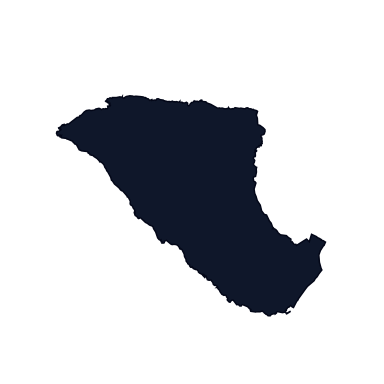 Nesodden nor, Akershus, Norway, rotated 287°
{"feature_id": "86288312B79220193025286", "entity_name": "Nesodden nor", "entity_type": "district", "adm_level": 2, "iso_a3": "NOR", "parent_name": "Norway", "parent_adm1": "Akershus", "projection": "robinson", "projection_center": [10.655, 59.797], "detail": "fine", "context": "isolated", "style": "filled", "palette": "ink", "viewbox_px": 384, "rotation_deg": 287, "n_neighbors": 0, "source": "geoboundaries", "source_scale": "gbopen_adm2", "svg_char_len": 6005}
<svg xmlns="http://www.w3.org/2000/svg" viewBox="0 0 384 384"><g transform="rotate(287 192 192)"><path d="M288.3,231.1L288.7,230.0L288.6,226.5L288.9,226.3L288.4,225.4L288.8,224.0L288.3,222.4L288.8,220.7L288.2,219.2L287.1,218.5L286.7,216.2L286.5,214.2L285.8,212.9L285.2,208.5L283.5,207.2L283.5,206.1L282.5,204.9L283.0,202.5L283.4,202.2L282.5,202.0L281.5,200.1L281.1,199.1L281.1,196.5L280.2,194.0L280.4,193.6L279.6,192.1L281.3,184.4L281.5,180.4L282.3,178.9L281.7,175.9L282.0,175.3L281.8,174.7L282.0,174.5L281.5,174.1L281.9,173.8L282.3,174.5L282.7,174.4L282.5,173.7L280.2,171.9L280.3,170.3L279.7,169.3L279.8,168.3L279.4,167.9L279.7,167.4L278.0,166.8L277.5,165.5L275.9,164.6L274.1,164.3L273.4,163.6L273.5,162.9L274.1,163.0L273.8,162.8L274.0,162.5L275.7,161.8L276.2,160.5L274.7,158.5L274.7,157.0L274.4,156.8L274.9,156.4L274.3,153.6L274.7,153.6L274.0,153.2L273.9,150.7L273.1,149.7L273.4,149.3L272.8,147.9L273.2,146.9L271.7,144.4L272.0,143.7L271.2,142.3L271.4,141.3L271.0,140.3L271.3,139.4L270.9,138.9L271.5,137.6L271.0,134.7L271.3,132.5L270.8,131.2L269.0,130.5L269.1,129.5L268.5,128.7L268.4,127.8L267.8,126.8L268.6,126.5L267.2,124.8L268.3,122.9L268.1,122.1L268.6,120.2L268.3,120.2L268.6,117.5L268.2,115.0L267.2,110.3L266.3,108.4L266.4,107.2L265.8,104.4L264.1,101.2L262.5,99.8L262.0,100.0L261.6,99.3L262.1,97.7L262.8,97.5L262.1,97.3L261.9,95.2L260.2,92.0L259.0,88.1L258.0,88.0L258.1,86.1L256.8,85.0L256.5,83.9L254.8,83.5L253.6,82.8L253.3,83.3L253.6,84.3L253.1,84.6L253.4,85.1L253.0,85.3L253.2,85.7L252.7,85.7L252.6,86.2L252.8,87.5L251.4,87.3L251.6,88.1L251.2,88.6L250.5,88.6L249.1,86.6L250.0,85.8L248.8,86.6L248.7,87.0L247.1,86.8L246.6,86.2L246.6,85.2L245.9,84.4L245.6,82.7L244.3,81.2L244.9,79.3L244.7,78.3L243.2,75.7L241.8,74.7L240.4,71.6L240.3,69.8L239.0,67.1L237.0,65.5L233.6,64.0L232.7,63.4L232.4,62.6L231.4,62.2L230.6,62.4L229.8,60.4L220.6,53.9L220.7,53.0L218.1,50.2L218.5,49.8L219.7,50.6L218.2,48.3L217.3,47.9L217.4,48.4L216.7,47.7L216.1,47.7L214.8,46.2L214.7,46.7L213.5,45.5L214.1,46.8L213.5,47.0L213.8,48.1L213.6,48.5L212.8,48.3L210.5,46.3L210.6,45.8L210.3,45.7L211.0,45.0L210.2,45.6L210.0,45.2L208.6,45.2L206.8,46.6L206.6,47.3L207.2,47.5L207.5,48.3L207.1,48.0L206.7,48.7L207.7,50.4L206.5,50.0L206.8,50.8L205.9,50.8L205.7,51.6L206.5,55.9L206.1,56.9L206.2,57.9L205.6,63.2L204.7,63.9L204.5,64.8L203.7,65.7L203.7,67.0L202.7,69.1L202.3,69.2L202.3,68.9L199.4,71.8L199.1,74.4L200.1,80.3L199.4,81.6L199.0,81.3L198.5,83.0L197.8,83.6L197.9,87.3L197.3,87.8L196.3,91.4L194.6,94.4L193.9,94.8L193.8,95.1L194.2,95.7L193.4,98.1L192.0,100.1L190.0,101.6L189.1,102.9L187.2,104.5L186.9,105.3L182.3,110.0L179.8,111.5L179.3,112.8L177.0,115.5L174.7,120.9L173.1,123.1L172.7,124.3L172.7,125.5L170.0,129.8L169.0,131.3L168.5,131.4L168.1,132.9L165.2,135.7L162.6,136.3L161.8,137.0L161.1,139.3L159.6,140.3L158.4,142.0L156.5,143.5L155.4,143.7L155.9,142.8L155.3,142.8L154.8,143.2L155.0,143.6L153.9,143.8L152.9,144.6L152.5,146.5L151.4,147.6L151.0,148.7L151.5,149.4L152.2,149.7L152.2,150.6L149.3,156.4L149.0,158.4L148.0,161.0L147.8,163.9L147.3,164.9L145.7,166.0L143.1,169.0L138.1,172.6L136.9,174.4L136.6,175.9L137.1,176.3L135.6,176.9L135.9,177.4L135.7,177.7L134.4,178.1L134.8,179.6L135.4,180.3L136.9,180.1L138.3,181.7L136.0,187.1L135.9,188.3L136.7,190.1L137.1,192.4L136.7,194.2L135.6,195.6L136.3,195.3L135.6,195.6L134.9,196.8L134.3,196.7L134.0,197.3L134.4,197.4L134.1,199.1L130.5,202.6L128.0,203.8L125.8,206.0L124.2,206.6L122.7,208.8L122.2,208.9L121.7,210.9L120.8,211.2L119.7,212.6L120.5,213.8L119.9,213.9L119.9,215.1L119.2,215.5L119.0,216.9L119.5,217.2L118.9,217.9L119.1,219.8L118.2,221.1L117.4,221.5L116.7,222.8L116.1,226.2L116.5,226.4L116.5,227.0L115.5,226.6L114.0,229.2L114.5,229.3L115.5,227.3L116.1,227.5L115.8,230.0L112.6,232.4L112.6,234.2L113.4,235.7L111.6,238.3L109.8,239.5L109.3,240.9L109.9,241.6L109.3,242.7L109.3,243.6L108.7,244.2L107.9,243.6L108.2,244.6L107.2,245.0L105.9,247.2L104.9,247.9L102.9,250.5L102.5,252.7L103.2,254.0L103.0,254.9L101.7,255.8L101.0,257.2L99.2,257.2L98.8,257.6L97.6,259.8L97.8,260.7L98.7,260.8L100.4,262.0L100.6,263.1L97.3,267.7L98.0,269.4L97.0,270.8L97.3,272.3L98.5,272.6L99.1,273.2L98.6,278.7L97.0,281.5L96.9,282.6L95.8,282.5L95.1,283.1L95.9,288.1L96.2,288.4L97.4,292.2L98.7,294.0L97.9,296.1L97.4,296.6L97.0,298.1L96.7,298.4L96.6,299.8L95.9,300.9L96.5,303.0L98.2,303.7L100.1,306.9L99.6,307.2L100.9,308.1L101.4,307.8L102.6,308.7L103.1,313.8L104.1,315.7L104.9,316.0L103.1,318.0L103.3,318.3L106.2,320.8L106.4,320.6L103.5,318.0L104.8,316.3L105.6,316.0L106.4,316.3L106.4,316.8L107.4,316.6L109.7,317.4L110.3,318.4L112.4,319.6L111.4,321.4L111.2,322.8L118.4,324.1L119.1,324.7L121.4,325.1L132.6,328.9L135.5,330.0L142.9,334.7L145.3,335.2L147.5,336.4L151.0,337.3L155.4,339.0L156.8,337.7L162.0,334.4L168.8,331.7L173.5,331.9L179.3,333.5L179.5,333.9L183.1,334.3L183.8,331.7L183.7,329.9L184.2,329.7L183.9,329.3L184.3,329.0L184.8,327.8L185.1,325.1L185.7,324.3L186.5,318.7L178.7,318.7L180.5,315.3L171.5,307.6L172.3,306.7L171.7,304.9L173.6,302.4L173.3,302.2L173.4,301.1L175.9,300.3L176.7,297.4L177.9,295.0L176.9,289.1L178.1,286.3L179.4,285.0L180.5,283.2L180.9,281.6L180.4,279.8L181.6,280.2L182.0,279.3L185.4,276.8L187.0,274.4L191.8,270.0L191.7,267.7L194.3,264.1L199.4,261.1L202.9,256.9L206.4,254.6L209.0,252.4L213.0,250.5L219.3,250.5L220.2,249.3L220.2,248.0L223.1,246.5L224.3,246.5L225.5,248.2L229.9,247.8L232.8,246.7L234.5,246.6L234.6,245.6L235.6,243.4L236.8,242.5L238.7,242.9L240.6,242.7L241.8,241.0L243.1,240.7L244.2,241.4L244.3,242.0L245.0,242.1L247.9,241.1L248.3,240.3L248.8,240.4L249.4,241.5L250.2,241.8L250.5,241.6L249.8,240.7L250.5,239.9L251.5,240.5L253.5,240.8L254.6,242.3L254.6,242.9L256.0,242.6L256.1,243.7L256.6,244.7L257.0,244.6L256.9,244.1L257.9,243.6L258.8,244.9L259.4,244.8L259.7,244.2L261.1,244.3L262.0,243.6L263.7,243.2L264.9,242.4L265.0,241.6L265.8,241.4L266.6,241.7L267.6,243.3L268.6,244.1L271.7,244.1L272.2,243.6L273.0,243.5L274.3,241.1L275.6,237.3L275.5,235.5L275.8,235.1L281.7,232.9L284.5,230.9L285.6,230.7L285.6,231.1L288.3,231.1Z" fill="#0f172a" stroke="#020617" stroke-width="1.5"/></g></svg>